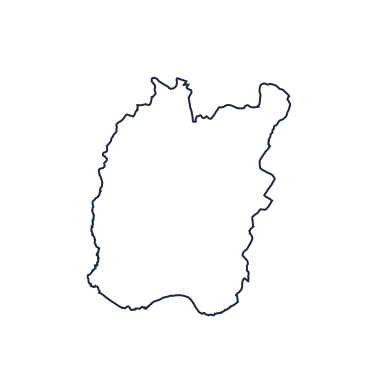 Ganzourgou, Ganzourgou, Burkina Faso (Robinson projection), rotated 35°
{"feature_id": "67063806B50041184778807", "entity_name": "Ganzourgou", "entity_type": "district", "adm_level": 2, "iso_a3": "BFA", "parent_name": "Burkina Faso", "parent_adm1": "Ganzourgou", "projection": "robinson", "projection_center": [-0.77, 12.29], "detail": "fine", "context": "isolated", "style": "outline", "palette": "slate", "viewbox_px": 384, "rotation_deg": 35, "n_neighbors": 0, "source": "geoboundaries", "source_scale": "gbopen_adm2", "svg_char_len": 6059}
<svg xmlns="http://www.w3.org/2000/svg" viewBox="0 0 384 384"><g transform="rotate(35 192 192)"><path d="M229.6,109.8L228.5,109.9L227.8,108.8L227.0,108.9L226.1,107.4L225.8,105.9L224.9,105.6L224.5,102.1L223.3,99.4L223.7,97.6L223.6,97.0L222.6,95.4L222.3,94.5L222.9,93.6L221.7,91.2L221.6,90.4L222.9,88.9L222.7,84.0L223.1,82.8L224.8,80.2L225.7,76.4L225.1,73.5L224.3,71.8L224.3,70.4L223.7,67.7L222.7,65.6L222.7,64.8L221.7,63.5L218.7,62.0L217.1,61.5L216.4,59.3L216.7,58.6L216.6,57.7L214.7,57.1L208.0,56.2L206.9,56.3L204.7,57.3L200.3,56.6L198.1,57.0L194.0,58.6L192.5,60.6L189.9,61.3L188.6,61.9L187.8,62.8L187.0,64.6L187.4,67.0L188.5,69.3L190.2,71.5L192.0,72.8L192.7,73.6L197.0,81.6L197.1,82.6L196.6,83.3L197.6,84.0L194.1,87.2L192.2,88.5L190.7,88.8L188.8,88.7L187.6,89.1L186.3,90.8L186.2,91.8L186.6,93.3L185.8,94.1L183.1,96.2L180.3,97.5L175.7,98.3L173.6,98.9L171.2,100.3L170.6,101.1L170.1,101.8L169.0,104.3L167.7,105.7L165.5,107.2L165.7,109.4L165.6,112.7L165.9,114.7L165.7,120.7L164.9,121.6L163.9,121.9L160.4,121.7L159.9,123.7L159.4,124.6L158.7,125.1L157.5,125.1L155.6,124.2L154.7,124.5L153.8,126.2L152.6,127.4L153.3,130.5L153.8,131.2L154.8,132.0L153.5,133.3L152.7,133.7L151.4,132.7L149.7,130.5L147.7,128.5L144.4,125.3L142.1,123.9L139.9,121.3L138.4,120.0L135.1,116.5L134.6,111.2L134.3,110.5L132.9,109.1L129.0,110.0L128.0,109.6L127.6,109.3L127.4,106.4L126.8,107.1L125.3,106.9L124.9,108.1L123.9,108.9L123.9,104.6L114.7,107.2L114.7,108.5L117.1,111.3L118.1,113.6L118.2,114.9L117.9,116.3L117.3,117.6L116.3,119.0L115.0,119.7L113.6,120.0L112.1,119.5L105.7,120.1L102.4,120.1L101.7,120.4L99.2,119.6L97.4,119.4L96.6,119.9L95.6,120.0L94.6,121.1L94.1,122.1L95.3,124.2L96.6,124.9L97.9,125.0L98.1,125.3L100.4,125.9L101.8,127.4L102.7,129.8L105.3,131.7L105.8,132.6L105.4,136.4L104.5,137.4L105.3,138.3L107.3,143.3L107.1,145.1L106.3,145.8L103.8,146.6L100.4,150.3L97.4,152.2L99.1,153.8L99.5,155.6L100.2,155.7L100.2,156.6L99.7,158.2L100.6,161.6L100.7,163.1L100.2,164.2L98.5,164.3L97.3,165.1L94.8,165.5L93.9,166.3L93.6,168.2L93.9,170.0L93.3,174.1L92.9,175.2L92.2,176.2L91.4,179.3L91.6,180.6L93.5,182.2L93.8,183.3L94.4,184.4L95.1,185.1L95.4,186.1L95.5,187.5L95.0,189.1L95.1,191.0L95.5,191.8L95.3,192.1L95.3,194.1L95.4,195.1L96.0,195.7L96.5,197.4L95.9,203.3L97.2,204.4L98.9,207.7L98.4,208.7L97.2,210.3L97.1,211.4L97.7,212.8L98.1,213.1L100.1,212.9L103.1,213.5L103.5,213.9L104.1,215.3L104.0,216.2L103.5,217.6L103.6,218.9L105.6,220.8L105.7,221.9L105.4,223.2L103.2,225.9L103.0,226.6L103.3,227.6L103.8,228.5L106.3,230.6L106.3,231.1L107.7,231.6L109.6,232.8L113.4,236.0L113.5,236.6L115.0,238.9L114.8,241.5L115.5,242.4L115.6,243.7L116.1,244.1L116.9,244.0L116.9,245.8L117.8,247.4L117.6,249.2L117.9,249.7L116.6,252.4L116.8,253.4L116.1,256.3L116.7,258.1L119.7,260.8L119.7,261.7L119.9,262.5L120.7,263.5L120.7,264.4L122.4,265.7L124.0,266.5L124.0,266.9L125.3,267.7L125.9,269.4L127.0,270.8L126.6,271.8L127.0,272.4L127.5,272.4L127.6,273.6L129.1,274.8L129.5,275.5L129.5,277.8L130.2,278.0L130.5,277.8L130.7,278.6L130.5,279.6L131.7,281.0L132.0,281.8L133.6,282.4L134.5,283.8L134.7,283.4L136.2,284.5L138.6,285.6L139.4,286.6L139.9,286.6L140.5,287.5L141.1,289.3L142.2,290.0L142.9,290.0L143.8,291.0L144.8,291.2L145.4,291.7L147.1,291.4L147.6,291.6L148.3,291.3L148.6,292.9L149.6,294.3L149.4,295.6L150.0,296.0L149.9,296.7L149.6,297.4L150.3,298.4L151.3,297.9L152.6,299.5L152.8,299.3L153.5,299.6L153.3,300.7L154.4,301.8L155.2,303.0L154.8,303.8L155.0,304.7L155.3,305.2L156.0,305.5L156.4,306.5L155.1,307.2L154.6,308.0L155.7,308.8L156.2,308.8L156.7,309.6L156.3,310.4L156.3,311.6L155.7,312.3L156.0,313.0L155.6,313.7L155.9,314.2L155.9,314.8L155.7,317.9L154.5,319.8L154.7,320.6L155.5,321.7L156.9,322.6L159.0,325.1L160.6,325.8L161.1,325.3L161.6,325.2L161.8,325.6L162.6,326.0L162.7,326.5L163.2,326.5L163.3,326.9L165.6,326.3L165.8,325.8L166.5,325.8L167.0,324.9L166.9,324.4L167.4,324.5L168.2,324.0L169.2,324.0L169.8,324.2L171.4,325.5L173.4,326.3L173.7,326.9L173.5,327.3L173.6,327.8L175.3,327.4L178.0,327.3L181.7,327.6L187.7,327.7L199.2,327.3L200.3,327.0L200.9,327.2L201.6,326.9L201.6,326.6L203.8,325.7L204.1,324.1L205.2,322.3L207.4,322.5L208.6,323.3L210.0,323.5L211.4,321.8L212.0,321.7L212.5,321.3L212.8,320.9L212.6,319.9L213.3,319.6L213.4,319.2L216.1,317.6L217.0,314.6L217.8,314.6L219.2,313.9L219.8,314.6L220.3,314.4L220.1,313.8L220.4,313.1L220.6,313.0L221.0,313.7L221.3,313.7L221.2,312.6L221.7,312.4L221.6,311.5L221.9,310.3L222.3,309.9L222.2,308.3L222.9,307.1L222.8,306.4L223.0,305.2L224.0,303.1L225.0,301.7L227.0,299.2L229.1,295.0L232.2,291.6L233.5,289.8L235.0,288.5L236.4,287.7L237.7,286.2L240.6,283.9L244.3,281.9L249.3,280.4L251.9,280.7L255.1,281.6L258.3,282.9L260.0,283.9L266.5,286.3L269.8,286.1L271.1,284.2L271.8,284.0L272.6,284.4L273.2,284.3L275.4,283.7L276.2,283.1L276.5,283.2L277.2,282.2L278.3,281.3L280.3,280.8L280.7,279.7L280.6,278.8L281.0,278.9L282.0,277.1L282.4,276.9L283.8,275.3L284.2,275.3L285.0,273.9L285.3,274.0L285.5,272.8L286.6,271.4L286.6,269.6L287.8,268.8L288.3,267.0L289.0,265.9L288.8,265.1L289.1,265.0L289.5,263.1L290.0,262.9L290.3,261.8L291.4,260.1L291.8,258.2L292.2,257.5L292.2,256.1L292.6,255.7L288.5,251.2L287.6,251.4L287.2,251.2L287.1,250.4L288.0,246.9L288.4,243.8L287.4,240.7L286.3,239.4L284.9,236.8L284.1,234.2L284.5,232.7L285.0,232.5L288.5,232.9L289.2,232.8L287.5,229.8L286.9,229.6L285.3,226.5L284.4,225.3L283.3,224.9L281.9,224.9L281.0,223.1L279.4,221.3L279.1,219.0L278.1,217.7L276.6,216.6L269.8,215.0L269.0,213.6L268.8,212.5L268.7,211.1L269.7,207.5L269.7,206.0L269.1,199.7L268.4,195.9L267.1,194.4L266.4,194.0L265.0,193.2L263.2,192.8L263.2,192.4L261.6,191.2L261.2,190.8L261.5,190.0L261.2,188.3L261.7,187.0L262.1,184.9L261.1,184.4L260.0,183.2L258.9,181.7L256.4,179.0L255.8,177.9L256.4,175.0L257.7,171.6L257.9,167.0L261.6,164.9L262.4,164.1L263.0,160.7L262.8,155.4L262.5,153.1L261.8,153.3L260.7,153.0L254.7,153.5L253.1,153.2L252.9,151.5L253.0,149.2L252.8,145.6L253.0,140.9L252.3,133.9L251.6,133.2L248.0,132.0L246.8,132.0L243.4,132.7L236.4,133.5L234.6,133.3L233.9,133.1L230.6,129.3L229.5,127.4L229.3,126.3L229.1,117.0L229.5,113.7L229.6,109.8Z" fill="none" stroke="#1e293b" stroke-width="2"/></g></svg>